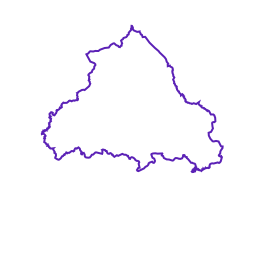 outline of Ponorogo, Jawa Timur, Indonesia, rotated 52°
{"feature_id": "22746128B39928875112308", "entity_name": "Ponorogo", "entity_type": "district", "adm_level": 2, "iso_a3": "IDN", "parent_name": "Indonesia", "parent_adm1": "Jawa Timur", "projection": "robinson", "projection_center": [111.509, -7.971], "detail": "fine", "context": "isolated", "style": "outline", "palette": "violet", "viewbox_px": 256, "rotation_deg": 52, "n_neighbors": 0, "source": "geoboundaries", "source_scale": "gbopen_adm2", "svg_char_len": 5780}
<svg xmlns="http://www.w3.org/2000/svg" viewBox="0 0 256 256"><g transform="rotate(52 128 128)"><path d="M102.0,56.7L99.6,56.7L97.2,55.7L94.8,55.6L87.9,56.6L86.4,56.5L81.5,57.5L74.0,58.5L67.3,58.3L66.7,58.4L65.4,60.5L63.1,59.7L62.1,60.3L61.0,59.8L59.7,59.9L59.1,59.4L57.9,61.6L54.8,63.3L53.3,63.4L51.8,62.3L50.0,62.0L49.7,62.3L51.3,63.7L51.7,64.6L52.6,64.9L53.3,68.7L54.4,69.5L54.7,70.1L54.3,71.2L55.0,72.0L55.3,73.4L54.3,76.1L54.9,77.4L54.7,78.5L54.9,79.7L57.7,80.5L58.0,81.3L59.2,82.4L58.9,83.2L59.3,84.6L58.4,85.3L57.2,85.2L55.5,86.3L52.9,86.7L52.3,87.5L51.9,90.6L52.8,93.6L50.6,97.1L49.1,101.8L49.1,103.9L47.1,106.4L46.3,108.3L44.3,110.5L44.3,111.6L44.8,113.3L44.3,115.4L52.5,116.8L56.0,114.7L57.6,114.5L58.4,115.0L58.8,116.7L60.4,118.2L60.4,120.0L61.2,121.6L61.7,122.1L61.3,124.1L61.5,126.1L61.9,126.7L63.6,126.8L65.1,128.3L65.9,128.4L65.9,129.0L66.3,129.7L67.9,129.6L68.6,130.2L69.8,130.4L71.1,132.8L71.4,138.8L70.7,139.2L69.7,140.8L69.0,144.7L69.3,145.6L69.1,146.5L69.5,146.5L70.9,148.1L72.1,148.3L73.2,149.7L74.1,149.4L74.9,150.1L74.9,150.9L74.2,151.5L73.5,153.4L73.0,153.6L72.3,155.1L72.3,155.9L70.6,156.9L70.3,158.0L70.5,158.5L70.5,160.7L68.9,162.9L68.2,163.3L68.5,165.7L69.0,166.0L69.3,166.8L69.6,166.6L70.9,167.4L70.8,168.7L70.0,169.2L70.8,170.2L70.8,171.7L70.0,173.1L70.1,173.4L70.8,173.3L70.9,173.8L72.1,175.6L72.0,176.3L72.5,177.1L72.7,178.2L71.9,178.8L70.8,179.0L69.7,177.9L68.6,178.4L68.2,179.1L68.5,179.7L68.4,180.8L68.7,181.3L70.3,182.1L71.1,181.8L71.0,183.0L71.3,183.5L71.7,183.3L71.7,182.9L72.3,183.3L73.1,182.8L73.9,184.1L74.2,183.9L74.6,184.4L75.2,184.5L75.5,187.2L76.1,187.2L76.5,187.9L77.3,187.9L78.0,189.2L78.6,188.9L78.7,189.2L79.2,189.4L79.2,190.7L78.8,191.0L79.4,192.0L78.9,192.3L79.4,192.7L79.1,193.7L79.6,193.8L78.7,194.7L79.2,195.1L79.3,195.7L79.2,196.2L78.1,196.0L77.9,196.3L78.5,196.6L78.8,197.2L78.4,197.9L79.0,198.4L79.2,199.2L79.8,199.6L80.2,198.4L80.7,198.0L82.0,197.7L83.5,197.8L83.6,199.3L84.0,199.2L84.3,199.8L84.4,199.6L85.0,199.7L85.1,200.5L85.8,200.8L87.5,202.7L89.2,202.1L90.8,202.4L91.5,201.3L92.4,201.8L92.6,202.3L93.1,201.6L94.6,202.1L95.3,201.7L96.0,201.9L96.8,201.4L98.1,199.2L98.2,199.8L98.6,200.1L101.8,200.5L102.2,201.3L103.8,200.8L104.8,201.3L105.7,202.0L106.3,203.4L106.9,203.8L109.3,202.9L110.3,202.2L110.5,201.7L110.5,199.7L109.7,197.3L110.1,196.6L109.8,195.5L110.1,194.8L109.9,194.7L110.1,194.5L109.6,193.8L109.8,192.8L109.3,191.7L110.6,191.3L110.6,190.5L111.4,189.6L111.4,186.7L112.5,185.4L112.8,185.4L112.9,184.4L112.4,184.0L111.6,182.3L111.9,181.4L112.7,181.1L112.8,179.0L114.5,178.7L116.2,179.4L118.5,179.3L118.6,180.0L119.2,180.7L119.9,180.9L120.5,180.5L120.1,179.3L120.4,178.2L122.2,178.5L123.7,179.4L124.8,179.5L125.7,178.9L127.1,177.4L127.7,176.2L127.3,174.2L126.8,173.0L127.5,171.8L127.2,168.8L127.7,168.0L132.4,164.3L131.9,163.5L129.7,161.9L129.3,161.9L129.5,161.0L131.4,159.6L132.4,159.8L133.0,159.0L134.9,159.7L136.0,159.5L136.8,158.6L136.8,157.6L137.1,157.2L138.3,156.8L139.2,157.1L139.7,156.5L140.7,156.8L142.3,156.5L142.6,153.5L143.9,152.9L144.9,148.4L146.7,147.5L147.7,146.2L149.0,145.8L149.8,145.2L150.1,145.6L151.6,145.5L153.1,145.9L153.6,145.4L153.1,144.7L153.2,143.2L153.8,142.6L155.0,142.0L156.6,141.7L157.6,141.9L159.2,141.4L160.0,140.5L161.1,140.0L162.0,140.3L162.7,141.6L166.4,143.3L165.8,144.5L166.6,146.8L167.6,146.9L168.4,146.3L169.7,140.3L169.3,138.0L169.6,137.2L169.7,136.0L169.4,134.4L168.6,133.6L168.5,132.5L169.4,129.7L170.9,129.6L171.4,129.1L171.2,128.0L170.6,127.0L168.3,126.2L166.5,127.0L163.6,126.1L163.1,125.8L163.0,125.4L163.4,124.1L164.7,122.1L166.5,120.4L169.1,116.7L169.3,116.7L169.8,117.7L170.4,118.3L171.7,117.6L173.7,118.2L176.5,116.9L178.2,115.0L181.0,113.1L181.4,112.2L180.9,109.8L181.1,108.8L182.4,107.5L183.8,106.7L184.1,106.1L184.6,105.8L185.2,104.1L184.4,102.2L183.4,101.4L183.6,100.7L184.1,100.2L186.0,100.6L187.1,99.6L187.9,100.2L189.4,99.8L194.3,99.7L195.0,98.7L195.9,98.4L197.2,97.4L197.9,97.3L200.1,98.2L200.7,100.6L201.6,100.5L201.6,101.1L201.2,101.6L201.5,101.9L201.1,102.2L201.5,102.5L201.0,103.1L201.6,103.9L201.6,104.5L202.1,104.5L202.3,103.8L202.7,103.9L202.9,103.6L202.6,102.3L203.4,102.2L203.5,101.9L202.4,101.0L202.0,101.1L202.6,100.3L202.5,100.0L202.0,100.1L202.0,99.0L202.9,99.6L203.4,99.1L203.2,98.6L203.7,98.5L203.7,98.0L204.7,98.1L204.9,97.6L205.6,97.5L206.4,96.6L207.0,96.6L206.9,95.2L206.3,94.8L206.8,94.3L206.4,93.8L207.1,93.8L207.2,93.1L206.9,93.0L207.4,91.9L207.1,91.3L207.7,91.2L208.6,89.5L209.0,89.4L209.4,88.6L209.3,88.2L208.9,88.3L209.0,87.9L208.8,87.5L207.6,86.7L207.0,85.2L207.6,83.5L208.7,82.4L210.4,78.5L211.6,77.8L211.7,76.7L211.4,75.5L208.8,72.0L208.2,72.4L207.5,72.0L207.3,72.7L206.2,73.4L205.4,73.2L204.8,71.0L203.4,69.7L202.8,68.5L202.0,65.9L200.8,64.8L199.9,65.8L199.3,65.9L194.4,64.9L192.4,66.6L191.4,68.7L190.5,69.5L187.1,69.7L183.8,69.0L181.4,67.4L182.2,64.9L180.6,61.3L179.0,60.6L175.9,58.7L175.6,58.0L176.0,56.9L176.6,56.3L176.5,55.0L173.6,53.0L171.1,52.2L169.9,52.4L168.3,54.4L164.6,53.7L163.3,54.6L163.4,55.0L162.8,55.1L162.6,54.7L162.1,55.2L160.4,55.4L159.9,56.0L159.1,55.8L157.4,57.1L156.2,57.1L156.0,56.8L155.8,57.1L155.0,56.9L154.3,57.6L152.5,57.5L151.9,57.2L151.3,56.2L151.1,59.5L148.9,61.0L148.4,62.8L147.6,63.1L146.5,64.2L145.6,64.5L145.0,65.3L144.5,65.2L143.5,66.2L142.8,65.9L142.3,66.3L141.9,66.2L141.2,65.2L140.0,65.0L139.4,65.4L138.5,64.9L137.4,65.1L137.2,65.0L137.2,64.4L136.5,64.6L136.1,64.2L134.8,64.4L134.9,66.2L133.8,65.6L131.7,65.9L130.6,65.4L130.3,65.8L127.9,65.7L127.2,65.2L126.1,65.1L125.7,64.2L124.8,64.1L123.9,64.6L122.3,64.0L121.7,63.9L121.2,64.2L120.1,63.2L117.6,62.6L116.7,60.4L114.8,60.3L114.0,59.6L111.8,59.0L111.4,58.4L110.4,58.1L110.0,56.9L109.4,56.8L109.1,56.4L108.3,56.0L107.4,56.0L105.5,56.9L104.6,56.6L103.8,58.6L102.3,57.5L102.0,56.7Z" fill="none" stroke="#5b21b6" stroke-width="2"/></g></svg>